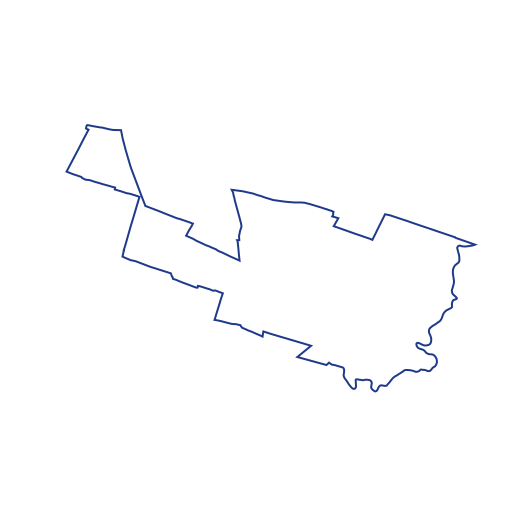 Frumusita, Galati, Romania (Natural Earth projection), rotated 21°
{"feature_id": "2599482B14808563602686", "entity_name": "Frumusita", "entity_type": "district", "adm_level": 2, "iso_a3": "ROU", "parent_name": "Romania", "parent_adm1": "Galati", "projection": "natural_earth1", "projection_center": [28.083, 45.663], "detail": "fine", "context": "isolated", "style": "outline", "palette": "blue", "viewbox_px": 512, "rotation_deg": 21, "n_neighbors": 0, "source": "geoboundaries", "source_scale": "gbopen_adm2", "svg_char_len": 6085}
<svg xmlns="http://www.w3.org/2000/svg" viewBox="0 0 512 512"><g transform="rotate(21 256 256)"><path d="M231.3,198.7L220.0,200.4L209.6,202.9L211.9,205.0L213.0,206.9L213.9,208.2L214.7,209.1L215.3,210.1L216.3,211.7L220.7,217.7L221.8,219.2L226.2,225.2L230.6,231.3L231.4,232.7L232.0,234.3L232.1,237.9L232.3,239.4L232.7,241.3L232.7,241.9L233.1,243.7L234.7,247.2L232.7,248.0L233.6,248.9L237.4,256.4L238.0,257.7L239.8,261.3L242.3,266.2L231.6,265.6L223.4,264.9L219.6,264.8L218.8,264.8L216.2,264.1L211.6,264.0L208.6,263.8L207.4,263.8L207.0,263.8L206.2,263.9L201.7,263.6L194.6,263.1L191.2,262.5L183.5,262.1L184.2,256.4L185.2,251.0L185.5,248.4L183.2,248.4L181.2,248.4L176.5,248.6L170.8,248.8L169.9,249.0L168.7,249.1L166.6,249.1L155.1,249.0L151.5,248.9L135.2,248.9L134.9,249.0L128.6,242.1L108.2,219.1L106.3,216.8L96.9,204.5L89.4,194.1L84.9,186.9L77.5,189.5L74.3,190.2L66.0,191.3L64.4,191.8L57.3,193.2L52.1,194.1L51.5,194.4L51.3,194.6L51.2,194.9L51.3,195.7L51.5,197.7L51.8,198.0L54.4,198.1L53.3,207.0L52.0,219.1L48.9,245.1L55.6,245.2L59.5,245.0L64.6,244.8L65.1,245.1L65.5,245.4L67.8,245.7L69.7,245.8L73.3,244.8L79.4,244.5L83.1,244.1L86.8,243.9L93.7,243.2L95.3,243.1L100.0,242.6L100.3,244.5L106.5,244.0L112.9,243.7L114.7,243.3L116.6,243.0L120.0,242.8L121.4,242.7L123.7,242.6L125.0,242.6L126.0,242.6L127.7,263.9L128.4,273.6L130.0,291.1L130.5,298.2L130.8,298.2L130.9,300.0L131.6,304.4L134.4,304.6L140.7,304.8L142.3,304.4L143.3,304.4L145.4,304.0L160.9,304.0L182.7,302.7L185.0,305.4L185.4,305.4L186.9,307.2L187.1,307.1L188.1,307.0L188.8,306.9L190.5,306.9L191.2,306.9L192.1,307.0L193.0,307.1L194.8,307.0L195.6,307.1L203.6,307.0L208.8,307.0L210.4,307.0L211.6,306.9L212.7,306.6L212.8,306.5L212.5,304.7L214.9,304.3L218.9,304.1L219.3,304.0L220.9,304.0L224.1,303.7L224.5,303.7L224.9,303.7L227.9,303.8L228.7,303.7L230.1,302.8L232.5,302.7L233.8,302.8L236.4,302.7L238.4,302.7L238.7,309.9L238.9,311.5L239.7,323.6L239.9,326.1L240.0,327.3L240.2,330.5L240.9,330.3L246.2,329.4L254.5,328.5L256.8,328.2L258.0,328.0L260.2,327.4L260.8,327.1L261.3,326.8L263.0,326.7L266.0,326.2L266.3,326.2L267.1,327.0L268.2,327.6L268.7,327.9L269.3,328.0L270.4,328.0L272.4,328.1L274.3,328.2L274.7,328.3L275.5,328.3L276.0,328.3L277.3,328.3L279.0,328.2L279.9,328.3L281.5,328.4L282.1,328.4L285.4,328.6L285.5,328.5L286.6,328.6L287.6,328.6L291.0,328.9L289.9,323.8L293.5,323.6L297.6,323.4L331.6,320.7L339.6,320.1L330.8,335.5L355.0,333.1L360.9,332.5L362.4,329.4L365.2,330.1L366.3,330.2L367.6,329.8L368.9,329.6L376.9,329.0L377.4,329.1L378.0,329.4L378.5,329.9L378.9,330.4L379.5,331.8L379.9,333.1L380.3,335.0L380.6,336.1L381.0,336.7L381.5,337.3L382.3,338.1L383.2,338.7L386.0,340.5L388.8,342.6L390.9,343.8L392.3,344.6L393.1,344.9L393.8,345.1L394.5,345.1L395.1,344.9L395.7,344.5L396.0,344.1L396.2,343.4L396.3,342.8L396.0,341.8L395.2,339.8L393.9,337.0L393.5,336.0L393.5,335.8L393.6,335.5L393.9,335.2L394.2,335.1L394.9,334.8L396.1,334.6L397.4,334.3L399.0,333.9L400.3,333.7L401.0,333.4L401.2,333.1L401.4,332.9L402.0,332.6L403.2,332.0L404.4,331.6L405.7,331.3L406.5,331.2L407.1,331.2L407.8,331.4L408.5,331.8L409.4,332.7L409.6,333.0L410.4,336.9L410.5,337.3L410.7,337.5L411.0,337.9L411.6,338.4L412.6,339.0L413.9,339.4L414.7,339.6L415.2,339.7L415.7,339.7L416.2,339.5L416.5,339.2L417.0,338.5L417.3,337.7L417.4,335.4L417.6,334.3L418.0,333.1L418.1,332.9L418.3,332.5L418.7,332.2L419.4,331.8L421.2,331.4L422.6,331.2L423.8,330.6L424.3,330.3L424.6,329.8L424.9,328.6L425.4,327.3L425.9,326.2L426.2,325.1L426.7,323.3L427.1,322.1L427.8,320.4L429.1,318.3L430.0,317.4L431.5,315.3L432.2,314.3L433.0,313.4L433.6,312.4L434.4,311.4L435.6,309.4L437.2,308.5L438.4,308.1L440.7,307.4L442.6,307.1L443.9,306.9L445.2,306.9L446.4,306.9L447.0,306.8L448.1,306.2L449.0,305.4L449.5,304.9L450.1,303.9L450.2,303.4L450.5,303.0L451.1,302.7L452.3,302.6L454.3,301.9L456.0,301.8L457.3,301.9L457.9,301.8L459.0,301.3L459.5,301.0L459.8,300.5L460.3,299.4L460.6,298.4L460.9,297.3L461.5,296.3L462.3,295.3L462.6,294.9L462.8,294.3L463.1,293.3L463.1,290.7L462.9,290.1L462.4,289.1L461.8,288.0L461.6,287.5L460.6,286.6L459.6,285.8L459.2,285.5L458.3,285.1L457.2,284.8L456.6,284.7L456.1,284.7L455.6,284.8L452.5,285.7L449.8,285.5L447.5,284.2L446.0,283.7L444.8,283.7L442.6,283.8L442.0,283.9L441.2,283.8L440.5,283.7L439.5,283.3L438.3,282.4L438.0,282.0L437.3,280.8L437.2,280.3L437.6,279.4L438.1,279.1L438.6,279.0L440.3,278.9L442.5,279.2L443.6,279.3L444.7,279.2L445.8,279.0L447.2,278.4L448.1,277.8L448.9,277.2L449.6,276.4L450.1,275.6L450.2,274.6L450.2,273.6L449.9,272.2L449.2,270.4L448.7,269.5L448.0,268.7L447.4,267.9L445.6,266.2L445.0,265.3L444.5,264.5L444.3,264.1L444.0,262.6L444.1,261.7L444.2,261.2L445.3,259.0L446.1,257.8L447.0,256.7L447.9,255.5L449.0,253.9L450.0,252.2L450.7,251.5L451.2,250.2L451.4,249.7L451.6,248.7L451.7,247.6L451.6,243.5L451.7,242.4L452.0,241.3L452.4,240.1L453.3,238.5L454.5,237.2L455.3,236.2L456.2,235.4L457.2,233.9L457.2,233.3L457.1,232.8L456.4,231.2L456.1,230.8L455.9,229.7L455.7,228.5L455.9,226.8L456.2,226.3L457.6,225.2L458.7,223.9L458.6,223.4L458.2,223.0L456.4,222.2L455.8,222.0L454.7,221.6L453.6,221.1L453.1,220.8L452.3,220.0L451.7,219.0L451.2,218.0L451.1,217.4L450.8,213.0L450.5,210.8L450.2,209.6L449.8,208.4L449.2,207.3L448.6,206.2L446.8,203.1L445.7,200.9L445.3,199.8L445.0,198.7L444.7,197.0L444.9,194.5L445.2,193.4L446.4,191.2L447.1,190.2L447.4,189.6L447.6,188.4L447.6,187.9L447.3,186.7L445.5,182.8L444.5,181.3L444.0,180.8L443.0,179.3L442.3,178.3L441.5,177.3L440.9,176.2L440.9,175.4L441.1,174.6L441.4,174.2L442.3,173.3L443.0,173.2L443.7,173.1L444.3,173.2L445.6,172.9L448.1,172.1L449.2,171.5L450.4,170.9L453.8,168.9L454.9,168.2L455.4,167.8L456.4,166.9L436.5,167.5L435.6,167.5L435.3,167.2L392.6,168.9L386.5,169.1L383.8,169.1L383.5,169.2L366.2,170.0L361.5,170.8L361.4,172.2L361.1,175.4L359.8,189.1L359.6,191.8L359.3,194.5L358.9,199.2L356.3,199.1L340.3,199.7L317.9,200.3L319.3,191.2L313.0,191.7L313.3,190.2L313.2,189.4L312.6,188.5L312.6,187.1L311.3,186.8L297.5,187.5L288.0,188.2L282.1,188.9L278.2,190.1L272.9,192.2L265.4,194.4L261.5,195.4L252.8,197.4L251.7,197.6L243.3,198.2L238.1,198.3L237.1,198.5L233.7,198.7L231.3,198.7Z" fill="none" stroke="#1e3a8a" stroke-width="2"/></g></svg>